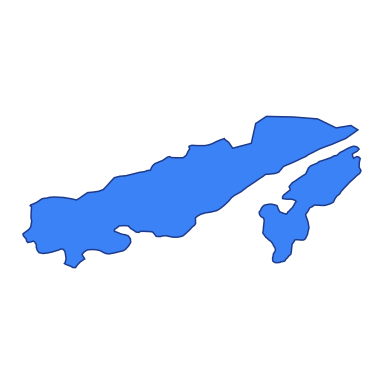 Österåker, Stockholm, Sweden (Robinson projection)
{"feature_id": "70781695B57297019096090", "entity_name": "Österåker", "entity_type": "district", "adm_level": 2, "iso_a3": "SWE", "parent_name": "Sweden", "parent_adm1": "Stockholm", "projection": "robinson", "projection_center": [18.439, 59.512], "detail": "fine", "context": "isolated", "style": "filled", "palette": "blue", "viewbox_px": 384, "rotation_deg": 0, "n_neighbors": 0, "source": "geoboundaries", "source_scale": "gbopen_adm2", "svg_char_len": 4367}
<svg xmlns="http://www.w3.org/2000/svg" viewBox="0 0 384 384"><path d="M224.4,138.6L220.7,139.8L216.3,141.6L212.2,143.7L208.7,144.9L204.9,145.6L197.1,145.6L191.8,145.3L189.1,146.2L188.9,146.9L189.8,148.7L188.3,150.9L186.3,155.2L183.2,157.7L179.5,157.8L171.4,157.6L169.7,156.6L167.5,157.1L164.9,158.9L162.5,160.5L159.0,161.9L154.8,163.7L152.6,165.8L151.5,167.6L150.4,170.3L147.8,170.4L144.3,171.7L139.7,172.3L130.9,174.5L126.1,175.7L119.6,176.3L114.3,177.7L112.1,180.0L108.6,183.9L106.2,186.6L103.2,189.6L98.6,191.3L93.1,192.1L87.6,192.6L82.8,195.8L79.7,198.1L76.4,200.0L72.1,198.9L68.4,198.3L63.8,197.5L54.1,197.0L49.7,197.3L46.9,198.1L44.3,198.3L41.9,198.8L39.0,200.8L36.8,202.3L33.6,203.8L30.7,204.9L30.2,205.7L31.3,206.3L31.5,207.8L31.2,211.5L31.0,217.4L31.7,221.1L31.2,224.1L30.7,227.0L29.3,229.0L26.7,231.1L24.2,232.9L23.0,233.9L23.2,235.4L24.6,237.3L26.0,238.5L26.7,241.3L28.0,242.6L28.8,242.2L31.2,241.9L33.2,241.1L34.7,241.9L36.3,244.6L36.3,247.2L37.2,250.3L39.1,252.7L43.1,253.5L48.1,252.9L52.5,251.9L54.9,251.1L58.8,250.0L61.0,248.9L63.4,249.4L65.0,251.7L65.6,255.3L66.1,258.6L65.2,262.5L64.4,263.5L65.7,264.3L68.8,265.5L71.2,266.5L73.0,267.6L75.6,267.6L77.0,265.4L78.2,264.0L80.2,262.0L83.7,259.5L84.7,259.0L84.1,257.8L83.0,256.2L82.3,255.1L82.2,254.2L84.1,252.0L86.3,250.5L87.7,249.8L92.5,249.5L96.6,249.8L100.0,250.6L103.4,252.4L105.8,253.5L109.1,253.9L113.4,253.1L117.7,252.1L119.8,251.5L122.8,250.9L124.2,250.2L125.7,249.1L128.7,245.8L130.7,242.4L130.4,238.7L128.2,235.8L125.6,234.9L121.1,234.0L117.5,232.4L114.5,231.4L114.5,229.5L118.1,226.9L119.2,225.9L124.2,225.6L128.3,225.9L130.9,228.7L132.2,229.4L134.1,230.6L136.1,232.1L138.9,232.4L140.3,231.4L143.3,231.3L149.8,231.6L152.5,231.9L154.6,234.2L156.2,236.4L160.4,236.6L162.5,235.9L166.0,235.7L169.5,236.5L173.2,237.2L177.2,237.2L181.0,236.5L183.2,235.7L185.6,233.6L190.0,229.5L191.7,227.5L194.8,224.9L195.6,223.3L195.5,221.2L195.5,217.8L197.2,216.3L200.7,214.3L205.2,212.9L210.7,212.1L216.8,210.6L220.1,208.6L223.9,205.6L228.5,201.3L231.5,197.6L234.4,195.4L237.0,194.0L241.2,191.6L247.1,187.0L254.5,182.1L258.9,179.0L263.1,176.3L265.5,174.4L269.6,174.1L275.0,173.5L278.7,172.2L281.3,169.1L283.3,166.6L286.5,165.1L290.0,163.7L296.1,161.0L300.8,158.7L305.9,156.4L308.4,154.6L312.7,152.5L319.2,149.1L325.3,146.7L332.0,144.3L338.7,141.4L345.7,138.5L357.9,129.9L350.9,125.5L336.1,127.9L317.5,118.9L293.7,117.0L266.4,116.4L255.7,123.5L251.3,143.3L232.7,148.2L228.7,142.3L224.6,139.3L224.4,138.6ZM352.7,156.3L352.3,154.0L355.0,152.4L357.1,151.3L359.1,149.1L357.8,147.6L356.5,146.7L353.7,146.2L350.6,147.1L347.5,148.5L342.9,151.1L340.0,152.5L336.8,155.5L334.4,155.7L330.9,157.6L324.7,159.8L319.0,161.6L317.3,163.1L314.3,164.3L312.2,165.2L310.5,166.0L308.6,167.8L305.6,174.0L301.9,176.3L299.6,177.8L295.4,180.8L292.2,182.8L291.0,184.3L289.1,186.7L289.9,188.2L290.2,189.9L288.4,191.3L285.2,193.8L283.9,194.8L282.5,197.0L282.6,198.6L286.9,199.2L291.5,199.2L293.3,199.7L295.3,200.5L296.1,201.6L295.3,202.6L294.8,203.3L294.3,204.5L293.3,206.2L292.1,207.9L290.4,209.5L288.9,211.2L287.8,212.0L287.3,213.2L286.4,214.0L284.0,213.5L281.3,212.4L279.7,211.8L278.9,210.2L278.2,208.8L277.7,207.3L277.0,205.6L275.1,205.0L272.9,204.4L270.7,204.1L267.8,204.4L264.3,205.2L262.6,206.6L261.4,208.3L260.4,210.6L259.3,211.8L259.2,212.9L259.6,214.6L260.8,216.4L262.0,217.2L263.5,218.0L264.2,220.1L263.9,223.6L263.5,226.7L263.3,230.0L262.8,232.9L263.9,234.6L265.1,236.2L265.8,237.3L267.4,238.4L268.4,239.6L269.8,240.6L271.0,241.4L272.2,243.1L272.8,243.9L273.3,245.1L274.0,246.3L275.3,248.5L275.3,250.9L274.4,252.3L273.5,253.5L273.1,256.0L272.6,258.0L272.6,259.4L273.0,261.3L275.1,262.6L277.5,262.7L280.0,262.4L281.2,261.7L283.4,261.5L284.9,260.9L285.8,259.3L287.4,257.8L289.0,255.7L290.7,254.4L291.3,251.8L291.7,247.8L292.0,245.1L292.3,243.9L294.1,241.4L294.8,239.9L297.2,239.7L300.4,240.0L303.0,240.1L304.8,239.4L305.9,237.8L307.6,234.1L308.0,231.7L309.0,227.8L308.0,221.9L307.1,219.2L305.8,215.6L305.7,214.4L307.8,211.4L309.6,208.1L310.5,207.4L312.6,206.5L314.2,205.1L318.2,205.2L320.9,205.4L324.3,205.5L326.7,204.9L329.3,204.1L331.2,203.3L333.4,202.1L335.1,198.5L336.9,196.0L339.6,194.0L341.2,191.3L344.3,187.9L347.3,184.8L349.3,182.6L352.0,180.1L356.9,175.5L359.7,173.4L361.0,170.7L359.1,167.1L359.3,162.5L360.2,158.5L358.9,157.1L356.7,156.6L353.6,158.3L352.7,156.3Z" fill="#3b82f6" stroke="#1e3a8a" stroke-width="1.5"/></svg>